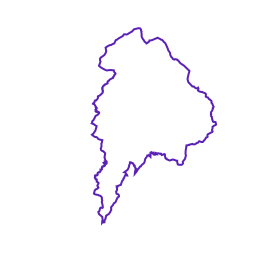 Mogos, Alba, Romania, rotated 129°
{"feature_id": "2599482B52789087649839", "entity_name": "Mogos", "entity_type": "district", "adm_level": 2, "iso_a3": "ROU", "parent_name": "Romania", "parent_adm1": "Alba", "projection": "mercator", "projection_center": [23.332, 46.276], "detail": "fine", "context": "isolated", "style": "outline", "palette": "violet", "viewbox_px": 256, "rotation_deg": 129, "n_neighbors": 0, "source": "geoboundaries", "source_scale": "gbopen_adm2", "svg_char_len": 5760}
<svg xmlns="http://www.w3.org/2000/svg" viewBox="0 0 256 256"><g transform="rotate(129 128 128)"><path d="M79.6,196.0L82.1,193.2L84.0,192.5L86.2,192.3L90.0,193.3L90.4,193.6L92.0,193.2L93.4,191.8L93.7,191.1L97.9,189.7L98.0,187.7L97.7,184.9L96.9,181.3L96.5,180.6L94.9,179.1L93.6,177.6L93.2,176.8L92.1,175.3L93.2,173.9L93.4,173.3L93.3,172.5L93.7,171.8L94.5,171.7L95.4,172.0L96.7,171.5L97.6,171.7L98.3,171.1L100.9,172.3L102.2,172.7L103.5,172.6L104.0,173.0L105.0,173.0L105.4,172.8L105.9,172.0L106.1,172.0L107.3,172.4L108.0,172.9L108.3,173.3L109.6,173.1L110.1,173.3L110.1,173.6L111.2,173.7L113.0,173.3L113.0,172.8L113.9,172.6L114.2,171.8L115.0,171.3L114.9,170.8L115.1,170.7L115.5,170.7L116.0,170.1L116.6,169.9L120.7,170.4L121.8,171.2L122.6,171.2L123.3,170.4L124.6,170.0L126.8,170.2L127.2,170.9L128.0,170.9L129.4,170.1L130.6,170.6L131.2,170.5L130.9,169.2L131.0,168.2L131.7,166.4L132.1,164.9L132.3,165.0L132.5,165.8L133.1,165.0L133.5,164.8L133.8,164.0L134.4,164.5L134.6,164.0L134.5,163.5L135.4,163.6L135.5,162.9L134.7,161.5L134.1,161.1L134.1,160.2L134.6,159.8L136.7,159.8L138.4,160.6L139.3,160.8L139.9,160.5L143.6,159.8L145.1,160.0L145.7,159.8L146.3,159.2L147.2,159.1L146.5,156.6L146.6,155.3L146.3,153.5L150.6,151.7L154.3,151.4L155.9,151.8L156.0,150.2L155.8,148.5L155.7,148.0L154.9,146.7L154.8,146.1L155.2,144.4L155.0,143.2L153.6,140.3L156.4,138.9L156.8,138.9L159.0,137.0L161.4,136.0L162.0,135.2L162.2,134.1L161.6,132.6L162.0,129.8L165.6,127.8L167.3,125.3L167.5,123.7L167.8,123.1L168.4,123.2L169.1,122.3L169.5,122.4L169.3,123.0L169.3,123.8L169.6,123.4L170.1,123.7L170.2,125.0L170.4,125.1L170.7,123.7L171.5,122.5L172.2,122.8L172.2,122.4L172.4,122.3L172.7,122.5L172.8,123.0L173.4,123.0L173.9,123.5L174.4,123.3L174.5,123.7L175.2,123.5L176.5,122.3L177.2,122.4L177.7,123.2L178.7,122.2L179.7,122.3L180.0,122.1L180.3,122.2L180.7,122.9L181.9,123.3L183.0,122.8L183.2,122.6L183.1,122.4L183.5,122.1L184.6,122.4L184.9,123.3L185.6,123.7L186.0,123.6L186.4,123.3L186.8,122.5L187.5,122.5L187.9,121.7L187.8,120.5L188.1,120.4L187.8,119.8L189.4,118.5L189.1,118.0L189.3,116.2L191.9,115.6L192.4,115.1L192.6,114.2L193.0,113.4L195.0,113.8L195.9,114.4L197.3,114.6L200.4,113.2L200.4,112.3L199.9,111.0L198.9,109.2L198.6,107.8L198.0,106.7L198.4,104.6L200.0,103.3L200.4,102.5L201.9,101.9L204.1,99.0L205.7,97.5L206.2,97.6L207.1,99.1L207.7,99.2L208.9,98.8L210.4,98.0L212.0,98.2L213.2,96.1L213.2,94.0L213.3,92.0L215.5,89.8L216.8,89.3L217.9,88.5L217.4,88.5L217.0,87.9L216.1,87.0L214.9,87.9L215.0,88.1L213.9,88.1L212.5,88.4L211.6,89.1L211.1,89.1L209.9,89.8L206.8,88.8L204.4,88.9L203.8,89.2L202.1,89.5L201.9,89.9L200.8,90.6L200.7,90.9L200.2,91.3L197.3,91.2L195.4,91.6L193.7,91.0L190.2,92.0L189.5,92.0L188.7,92.4L187.0,91.9L186.4,92.2L186.0,92.8L185.8,93.5L185.8,94.1L186.3,95.4L185.8,96.2L184.8,97.3L184.1,97.3L182.7,97.7L181.8,98.6L181.3,98.8L181.3,99.2L179.8,99.3L179.9,99.8L176.7,97.8L173.8,98.9L172.4,99.3L171.1,99.1L170.1,99.8L169.1,99.6L168.0,100.1L166.6,100.4L165.7,100.4L165.6,99.6L165.7,99.1L165.4,98.7L165.1,99.2L164.4,101.8L164.3,102.1L164.7,103.0L161.0,102.1L160.1,102.1L157.3,102.9L156.4,103.6L154.4,104.1L153.5,104.9L152.9,104.2L152.8,103.8L153.0,103.5L152.3,102.3L152.6,101.9L152.6,101.1L153.0,100.7L152.9,99.8L153.1,99.1L153.7,99.2L154.2,97.4L154.5,97.0L154.5,96.3L155.3,96.3L156.1,95.2L156.7,95.4L157.3,95.2L159.3,93.9L155.9,93.9L154.3,94.3L152.0,94.2L151.0,94.4L150.3,94.3L149.9,93.9L148.3,94.1L145.2,93.5L143.6,93.9L142.2,94.7L141.0,95.2L138.3,95.3L137.2,95.7L136.6,94.6L136.0,94.7L136.3,92.4L134.2,93.9L133.4,94.8L133.2,94.9L132.8,94.3L132.1,94.6L131.9,94.0L132.4,93.9L132.2,93.1L131.5,92.7L132.5,91.7L132.5,91.4L132.3,91.0L131.8,91.1L131.7,91.0L131.7,90.2L131.3,89.8L130.7,89.7L130.6,90.0L130.5,89.8L130.2,89.9L130.1,89.7L130.4,89.4L130.3,89.2L129.8,90.3L129.5,89.5L128.4,88.3L128.2,87.4L127.2,86.3L127.2,85.8L127.7,85.5L127.7,84.7L126.7,84.0L125.5,83.5L125.3,83.2L125.3,82.7L126.9,81.2L127.8,80.0L127.5,78.9L128.0,78.5L127.0,75.1L124.2,73.3L123.5,71.6L123.1,70.1L122.5,69.2L123.1,68.8L125.0,66.4L124.2,64.8L122.9,63.2L122.0,62.9L120.9,63.0L119.7,64.2L116.1,64.3L112.9,65.7L111.8,67.1L109.5,68.8L104.7,71.6L104.2,70.9L102.7,70.1L102.5,69.6L101.6,69.3L99.8,67.9L99.8,67.2L98.6,65.8L97.7,65.4L96.5,65.2L95.5,64.4L93.5,64.4L93.3,64.1L93.0,63.0L92.7,62.2L91.9,61.1L87.7,61.0L86.5,61.4L85.1,60.6L84.6,60.7L83.5,61.9L82.6,62.0L78.0,60.0L77.3,60.2L76.8,61.4L74.6,62.3L74.0,63.0L72.7,62.8L71.0,62.1L70.8,61.9L69.9,61.7L69.2,62.5L68.9,63.1L68.3,63.7L68.8,64.7L69.5,65.4L69.5,66.2L68.5,67.4L68.5,67.8L66.6,69.8L66.5,70.9L65.0,72.0L65.1,72.3L63.5,73.4L61.6,73.5L59.2,74.3L59.1,74.7L57.6,74.8L56.8,76.7L56.2,77.4L56.1,78.0L55.8,78.6L55.9,78.9L55.3,79.5L54.7,79.8L54.4,80.6L54.5,81.2L54.3,82.2L54.6,83.1L54.0,85.1L54.5,86.2L54.7,87.3L52.7,88.7L52.5,89.1L52.5,90.0L53.1,91.8L53.3,93.0L53.8,93.6L54.7,95.5L54.8,97.2L53.1,98.0L52.6,98.9L53.5,99.0L54.3,100.0L54.5,101.2L54.3,103.0L54.8,103.5L55.2,104.1L54.4,110.0L52.5,112.6L48.3,114.7L45.0,116.1L44.3,123.6L44.7,127.9L44.4,129.7L44.1,130.4L44.1,131.4L43.9,132.7L44.4,133.3L44.4,134.1L45.1,134.9L45.7,135.1L46.1,136.6L45.6,137.8L45.5,139.1L45.1,140.2L44.4,141.4L43.3,142.4L42.6,144.3L42.4,145.3L41.1,147.4L39.0,151.5L38.5,153.0L38.6,154.6L38.2,155.4L38.1,157.2L38.5,157.8L38.7,159.7L39.2,161.0L39.2,161.8L44.2,164.4L45.9,165.6L46.4,166.4L47.6,166.0L48.0,166.2L50.0,166.5L50.7,166.9L50.3,167.7L50.5,168.7L50.4,169.7L49.8,170.9L49.6,172.3L49.2,172.9L49.0,173.8L48.1,175.2L46.5,176.4L45.4,177.7L44.5,178.2L44.2,179.1L43.9,179.2L43.4,179.9L42.9,180.9L42.9,181.7L42.6,181.9L43.3,181.8L43.9,182.8L45.2,183.6L46.8,185.0L47.8,185.5L50.4,185.6L53.2,186.7L55.2,187.3L56.2,187.9L57.6,190.0L60.1,190.0L64.3,191.7L66.4,192.2L67.5,192.8L70.9,191.9L72.6,192.9L73.9,193.2L75.2,194.4L77.1,195.2L79.6,196.0Z" fill="none" stroke="#5b21b6" stroke-width="2"/></g></svg>